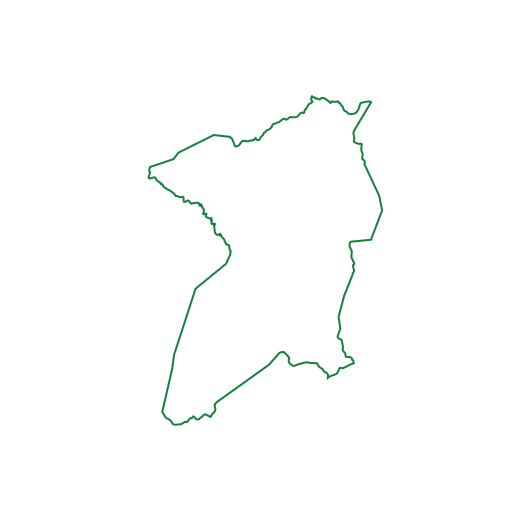 outline of Erandique, Lempira, Honduras, rotated 204°
{"feature_id": "27666195B48277462959075", "entity_name": "Erandique", "entity_type": "district", "adm_level": 2, "iso_a3": "HND", "parent_name": "Honduras", "parent_adm1": "Lempira", "projection": "equal_earth", "projection_center": [-88.442, 14.245], "detail": "fine", "context": "isolated", "style": "outline", "palette": "green", "viewbox_px": 512, "rotation_deg": 204, "n_neighbors": 0, "source": "geoboundaries", "source_scale": "gbopen_adm2", "svg_char_len": 6104}
<svg xmlns="http://www.w3.org/2000/svg" viewBox="0 0 512 512"><g transform="rotate(204 256 256)"><path d="M297.9,201.6L290.7,132.5L286.7,118.9L278.2,75.4L273.9,72.6L273.3,72.0L272.6,71.6L271.5,71.4L269.1,71.4L267.6,71.1L266.0,70.4L264.1,68.8L263.1,68.6L262.1,68.7L260.6,69.3L257.5,71.0L256.2,72.0L255.3,72.8L254.7,73.5L254.0,74.9L253.4,75.5L252.8,75.9L251.6,76.2L251.1,77.4L250.9,78.9L250.4,80.3L249.8,81.1L248.6,82.0L248.5,82.3L248.5,83.2L248.0,84.0L246.7,83.8L245.1,82.8L244.5,82.7L243.8,82.7L242.7,83.0L242.1,83.4L241.7,83.8L240.8,85.9L239.5,88.3L238.9,89.8L238.4,90.5L237.0,90.8L232.5,90.5L232.0,90.6L231.9,91.1L232.0,92.3L231.9,93.1L231.5,94.2L230.7,96.0L230.5,98.0L230.6,98.8L230.9,99.7L232.6,101.9L233.0,102.6L233.2,103.3L233.2,103.9L233.1,104.4L232.1,107.2L231.5,107.9L231.2,108.8L230.8,109.2L225.1,119.0L200.0,161.8L196.5,172.7L195.8,175.6L195.4,176.4L194.4,178.0L191.7,179.6L187.9,178.3L185.4,177.1L184.2,176.5L183.8,174.0L183.4,173.4L181.7,171.5L181.1,171.3L178.5,170.9L177.3,170.8L176.7,171.0L176.2,171.3L175.1,172.4L173.6,174.1L172.1,175.2L169.1,177.7L166.7,179.5L164.3,180.0L160.7,181.2L157.0,182.8L156.4,182.6L155.7,182.2L153.2,180.4L149.6,179.9L148.0,179.0L146.8,178.0L145.5,178.2L143.9,177.7L143.2,177.7L141.8,176.6L140.8,173.9L140.3,175.0L139.3,176.3L138.1,177.6L136.1,179.3L134.8,180.8L134.1,182.4L133.9,184.3L134.2,186.4L133.9,187.9L131.5,188.7L130.5,189.3L125.2,195.7L124.0,197.0L123.1,197.7L124.6,199.9L125.1,200.2L125.8,200.2L126.3,200.7L126.7,201.4L127.0,201.6L129.3,202.0L130.4,201.3L131.8,200.7L132.6,200.6L133.2,200.7L133.6,201.3L134.8,203.4L137.0,204.3L138.0,205.0L138.5,205.4L139.1,206.6L139.5,208.2L142.3,212.4L143.5,213.9L144.1,214.2L146.0,214.2L147.3,214.5L148.2,214.9L148.8,215.7L149.4,223.9L155.8,234.0L159.3,255.5L160.2,278.1L160.6,279.4L160.3,280.8L160.4,282.4L163.7,286.8L163.7,287.1L163.4,287.4L163.1,288.2L163.2,288.8L163.4,289.5L164.1,290.1L165.3,290.9L166.2,292.0L167.3,292.6L168.0,293.3L168.4,293.9L169.0,295.3L170.5,299.5L173.8,302.2L174.5,303.1L175.1,304.4L175.5,306.4L175.4,307.5L157.6,317.6L159.3,348.9L167.8,361.0L194.4,384.1L194.4,384.9L194.5,385.6L194.7,386.0L195.3,386.7L196.2,387.3L198.2,387.8L198.5,388.0L198.9,389.0L199.8,392.1L200.7,393.2L202.1,394.5L203.3,396.5L203.8,397.7L204.6,400.6L205.0,401.2L205.3,401.4L205.6,401.4L207.8,400.2L209.9,400.0L212.3,400.0L213.0,400.3L213.5,400.9L214.1,403.7L216.5,407.0L217.1,408.4L217.4,409.9L213.4,443.3L214.5,443.4L215.7,443.2L219.2,441.0L220.3,440.0L222.4,438.6L222.6,437.9L222.6,436.9L222.5,435.5L222.2,433.3L222.2,431.8L222.3,429.8L222.6,428.3L223.2,427.1L224.0,426.2L226.0,424.7L227.4,424.1L228.7,423.8L229.7,423.7L230.1,423.8L231.0,424.3L232.1,424.6L232.7,424.7L233.5,424.5L234.3,424.6L235.1,425.1L237.4,427.6L238.4,428.0L239.3,428.2L241.1,429.7L242.0,429.6L242.9,429.7L243.4,430.3L243.8,430.6L244.5,430.3L245.5,429.5L247.2,428.7L248.1,428.3L248.9,428.4L249.4,428.2L249.8,427.8L249.9,427.4L249.9,426.7L250.0,426.3L250.3,426.2L251.1,426.3L252.9,427.1L255.5,427.4L256.6,427.9L258.0,427.9L259.1,427.7L260.2,427.1L260.9,426.3L261.3,425.2L262.0,424.7L264.2,424.7L264.6,424.6L265.1,424.2L265.5,424.1L266.3,424.3L266.9,424.8L268.8,424.0L269.3,424.1L269.8,424.5L269.9,424.0L269.5,421.8L268.8,421.0L267.4,420.2L267.2,419.8L267.5,418.9L269.3,416.4L269.7,415.4L270.0,411.1L270.8,409.3L270.7,408.5L270.3,406.7L270.3,406.4L270.6,406.1L271.0,405.9L272.4,405.7L273.0,405.3L273.5,404.3L274.7,400.7L275.1,400.1L275.7,399.5L276.5,398.8L277.6,398.3L279.4,397.4L280.5,397.2L281.2,396.8L281.9,395.9L283.3,393.2L283.6,393.0L284.2,392.8L285.2,392.9L285.9,392.9L286.4,392.7L286.9,392.3L287.4,391.6L289.3,387.9L294.0,383.3L294.3,382.6L294.2,380.1L294.8,378.4L295.2,377.5L295.8,376.7L297.3,375.2L297.5,374.8L297.8,373.3L298.5,372.2L298.8,371.7L298.9,371.1L298.8,370.2L298.9,369.3L300.0,366.5L300.1,365.6L300.2,364.0L300.4,363.5L300.5,363.1L301.5,362.6L302.2,362.5L303.2,362.8L304.3,363.5L305.1,361.1L305.4,360.8L305.8,360.9L306.0,360.8L306.7,359.9L307.2,359.5L308.1,359.3L310.0,357.4L313.6,356.4L315.0,355.6L315.3,355.2L315.6,354.5L316.6,350.5L316.9,349.6L317.9,348.6L319.0,347.8L319.7,347.8L320.3,348.1L323.9,351.9L325.4,353.2L326.3,353.6L327.5,353.6L328.1,354.3L343.8,349.3L368.9,318.9L370.8,310.9L388.9,294.3L388.9,292.8L388.6,291.4L388.4,290.9L387.8,290.1L386.8,289.2L386.1,284.5L385.8,283.8L385.6,283.6L385.3,283.5L384.8,283.6L384.1,284.0L382.3,285.5L381.1,286.4L380.6,286.6L380.1,286.6L379.0,286.2L378.0,285.0L377.3,284.7L375.3,284.3L373.7,284.2L373.3,284.0L372.8,283.3L372.3,283.0L371.8,283.0L371.1,283.4L370.5,283.3L370.0,282.9L369.3,282.1L368.8,281.8L367.1,281.4L364.8,281.0L360.8,280.7L356.3,279.7L355.8,279.5L354.7,278.7L353.7,278.2L353.4,278.2L352.6,278.6L351.8,278.8L351.0,278.8L349.9,278.6L349.3,278.6L348.9,278.9L348.3,279.6L347.9,279.9L347.1,280.2L346.4,280.2L345.9,279.7L345.2,278.2L344.4,276.7L344.0,276.3L343.7,276.2L343.2,276.5L342.3,277.1L341.8,277.7L341.4,278.6L340.7,279.0L340.2,279.1L339.4,278.9L337.7,277.9L336.6,277.5L335.2,278.3L332.7,280.1L331.3,280.8L330.3,281.1L329.8,280.9L327.8,279.0L327.4,279.0L327.2,279.2L327.1,279.5L327.2,279.8L327.6,280.2L327.6,280.6L327.4,280.9L327.1,280.9L326.3,280.2L325.2,278.8L323.5,277.9L322.2,276.9L322.0,276.4L321.7,274.2L321.2,272.8L320.9,272.8L319.9,273.8L318.6,274.4L318.4,274.1L318.4,273.4L318.3,272.8L317.6,271.5L317.4,271.4L315.5,271.3L313.6,271.4L313.2,271.6L312.6,272.3L312.2,272.4L311.8,271.9L312.0,271.2L311.9,270.6L311.5,270.3L310.8,270.4L310.5,270.2L310.4,269.7L310.4,268.6L310.0,267.7L309.7,267.3L309.4,267.3L308.8,267.6L307.3,268.6L306.8,268.7L306.4,268.5L306.3,268.3L306.3,267.9L306.5,267.8L307.0,267.8L307.2,267.5L307.1,267.2L306.2,266.1L303.6,261.6L302.9,260.6L302.3,260.1L301.0,259.6L299.9,259.5L299.5,259.8L298.1,261.3L297.6,261.7L297.4,261.5L297.3,261.3L297.7,260.6L297.7,260.3L297.5,260.1L297.1,260.0L296.5,260.5L296.1,260.5L294.7,259.4L292.6,258.7L291.3,257.7L290.4,256.5L288.9,255.6L288.1,254.7L287.7,254.6L285.5,254.8L284.8,254.5L284.2,253.8L283.3,252.1L282.5,251.0L282.1,250.7L281.5,250.6L281.2,250.4L281.0,250.0L281.0,249.1L280.9,248.6L280.5,247.9L280.1,247.2L280.2,236.7L297.9,201.6Z" fill="none" stroke="#15803d" stroke-width="2"/></g></svg>